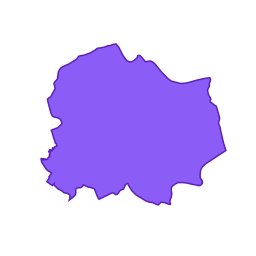 Buon Ho, Đắk Lắk, Vietnam (Mercator projection), rotated 254°
{"feature_id": "81297802B72254139131894", "entity_name": "Buon Ho", "entity_type": "district", "adm_level": 2, "iso_a3": "VNM", "parent_name": "Vietnam", "parent_adm1": "Đắk Lắk", "projection": "mercator", "projection_center": [108.269, 12.851], "detail": "fine", "context": "isolated", "style": "filled", "palette": "violet", "viewbox_px": 256, "rotation_deg": 254, "n_neighbors": 0, "source": "geoboundaries", "source_scale": "gbopen_adm2", "svg_char_len": 4497}
<svg xmlns="http://www.w3.org/2000/svg" viewBox="0 0 256 256"><g transform="rotate(254 128 128)"><path d="M147.0,53.6L144.8,53.8L140.9,53.8L133.4,54.0L133.3,54.3L133.1,54.6L132.7,54.9L132.4,54.9L132.3,54.7L130.4,54.7L130.2,54.5L130.2,54.2L130.3,53.8L130.3,53.3L130.3,53.0L130.2,52.7L129.9,52.2L129.6,51.7L129.5,51.4L129.4,51.2L129.4,50.9L129.4,50.7L129.5,50.4L129.7,50.1L129.6,49.9L129.4,49.9L129.4,50.0L129.1,50.3L129.0,50.5L128.8,50.8L128.7,51.0L128.4,50.9L128.3,50.7L128.2,50.4L128.2,50.2L128.2,49.8L128.2,49.6L128.2,49.4L128.0,49.1L127.7,49.0L127.3,48.9L127.2,48.9L127.0,48.7L126.9,48.6L126.9,48.4L126.9,48.2L127.0,48.1L127.3,48.1L127.5,48.1L127.8,48.1L128.0,48.1L128.3,47.8L128.4,47.7L128.4,47.3L128.5,47.0L128.5,46.8L128.6,46.5L128.5,46.4L128.3,46.3L128.2,46.3L128.0,46.5L127.9,46.6L127.7,46.7L127.5,46.4L127.5,45.7L127.4,45.5L127.4,45.4L127.2,45.2L126.9,45.2L126.8,45.3L126.7,45.4L126.6,45.6L126.5,45.9L126.4,46.0L126.2,46.3L126.0,46.2L125.9,46.2L125.7,46.0L125.4,46.0L125.2,46.0L124.9,46.0L124.7,46.0L124.7,45.9L124.7,45.7L124.7,45.4L124.4,45.3L124.1,45.4L123.9,45.5L123.7,45.4L123.6,45.1L123.5,44.9L123.4,44.9L123.0,44.9L122.5,45.0L122.4,45.0L122.3,44.9L122.2,44.9L122.0,44.7L122.0,44.4L122.0,44.1L122.0,43.9L121.9,43.8L121.9,43.7L121.6,43.4L121.3,43.0L121.2,42.7L120.6,42.2L120.2,41.6L120.1,41.3L120.1,41.2L120.1,40.9L120.2,40.7L120.3,40.6L120.5,40.5L120.8,40.5L120.9,40.4L121.0,40.3L121.0,40.2L121.0,39.9L121.0,39.7L121.3,39.3L121.3,39.1L121.2,39.0L120.9,39.0L120.7,39.2L120.5,38.8L120.5,38.6L120.5,38.4L120.6,38.0L120.8,37.7L121.0,37.4L121.2,37.5L121.3,37.6L121.4,37.8L121.5,38.0L121.8,38.1L121.9,37.9L121.8,37.7L121.6,37.5L121.5,37.4L121.4,37.3L121.4,37.1L121.4,36.8L121.4,36.7L121.5,36.7L121.9,36.7L122.0,36.8L122.3,36.9L122.5,36.8L122.5,36.7L122.5,36.3L122.5,36.1L122.4,35.9L119.0,35.6L116.5,36.3L111.4,37.9L108.7,39.4L108.1,40.2L107.0,41.3L105.8,42.2L102.7,38.4L101.9,38.8L101.4,38.3L98.9,35.2L94.9,38.2L93.6,39.5L94.8,41.5L93.8,41.0L92.8,41.6L91.2,42.5L90.4,43.0L89.4,43.6L88.5,44.1L87.8,44.9L86.2,46.7L85.2,47.4L83.3,48.7L83.2,48.8L83.2,49.0L82.7,49.9L82.6,50.1L82.3,50.8L82.2,51.1L82.1,51.4L81.9,51.6L81.8,51.8L81.7,51.9L81.6,52.0L81.3,52.1L81.2,52.2L81.0,52.4L80.8,52.6L80.6,53.1L80.4,53.3L80.1,53.5L79.8,53.5L79.5,53.6L79.3,53.6L79.1,53.6L78.7,53.8L78.4,53.9L78.2,53.6L78.1,53.4L77.9,53.1L77.1,52.8L76.2,52.6L75.9,52.5L75.6,52.2L75.4,51.9L75.2,51.8L75.1,51.7L74.9,51.6L75.2,52.3L76.3,55.4L77.9,58.5L79.3,59.7L81.7,60.4L83.3,60.7L83.9,61.5L84.3,62.2L84.3,63.3L83.7,65.8L83.9,67.1L84.5,68.3L85.6,69.5L82.8,72.6L80.7,76.3L79.1,78.6L78.3,79.0L73.1,79.4L68.9,80.0L67.4,80.7L67.9,82.3L69.2,90.5L70.0,94.1L69.8,95.7L69.2,96.4L67.5,97.7L67.2,98.4L67.1,99.1L68.1,100.9L69.8,102.7L70.3,103.7L70.4,106.3L70.6,107.0L71.5,107.8L73.4,109.1L74.2,109.8L74.7,110.8L74.7,112.6L72.7,112.7L66.7,114.4L62.2,116.8L58.8,119.7L52.9,125.2L50.4,128.7L49.8,130.7L48.8,132.0L46.3,134.7L45.8,135.7L46.9,138.0L47.4,138.8L47.3,139.9L46.3,142.4L43.4,146.3L42.9,147.5L43.2,148.0L44.5,147.9L45.6,148.0L46.9,148.5L49.9,150.7L50.6,150.9L53.0,152.1L56.3,152.3L58.0,153.0L59.6,154.0L61.0,157.4L61.7,160.8L60.6,165.1L59.1,168.9L57.7,171.5L55.9,174.7L54.7,177.5L53.2,179.8L52.9,181.9L54.0,183.8L55.2,184.7L57.3,184.7L59.0,184.0L60.5,183.8L62.8,184.3L66.2,185.6L68.0,186.6L70.1,188.8L72.1,192.4L75.9,204.6L79.4,215.9L87.5,215.7L99.4,216.3L103.8,216.7L105.5,216.4L107.1,216.3L108.4,216.7L111.7,218.7L114.1,218.9L120.9,218.9L124.7,218.8L126.0,217.7L126.8,216.8L128.4,216.0L130.1,214.5L130.8,214.3L131.4,214.4L132.7,215.5L134.2,215.6L136.9,214.6L141.2,214.7L142.4,214.9L143.4,215.6L145.5,217.5L146.7,218.1L148.5,218.5L150.1,219.8L151.6,220.7L153.1,220.8L153.8,220.2L154.5,215.9L155.0,207.5L155.0,197.8L155.7,193.3L156.5,190.3L158.6,186.9L161.3,182.3L164.5,180.0L172.9,175.5L178.3,173.2L179.5,172.6L180.7,172.3L184.1,170.4L185.8,168.7L186.4,167.4L186.8,163.9L187.4,162.8L192.9,160.4L194.5,159.3L194.9,158.3L194.8,157.4L193.0,156.0L191.4,152.8L190.6,149.7L191.2,147.4L193.5,145.3L198.8,143.2L204.4,142.1L208.5,141.3L212.1,139.6L212.5,136.4L212.1,133.0L212.7,131.4L212.3,128.6L212.5,124.4L213.1,120.4L211.9,117.7L210.6,112.8L210.1,106.0L210.5,102.6L210.6,101.2L210.4,100.1L208.3,97.5L205.9,89.1L204.9,82.0L204.0,79.7L202.9,78.2L201.1,76.6L194.5,73.6L192.5,70.4L191.5,69.2L190.4,69.0L186.2,69.0L179.3,62.3L178.7,60.0L177.9,58.6L177.0,58.3L163.8,58.0L160.3,58.6L159.3,59.4L157.0,63.5L154.9,65.5L151.6,65.7L150.2,65.5L149.2,63.6L147.6,60.3L147.3,55.8L147.0,53.6Z" fill="#8b5cf6" stroke="#5b21b6" stroke-width="1.5"/></g></svg>